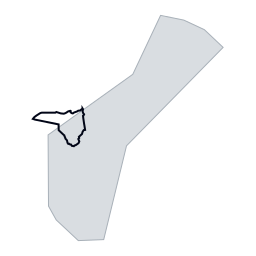 Piti, Guam (highlighted)
{"feature_id": "77769853B27536991093250", "entity_name": "Piti", "entity_type": "district", "adm_level": 2, "iso_a3": "GUM", "parent_name": "Guam", "parent_adm1": "", "projection": "albers", "projection_center": [144.681, 13.441], "detail": "fine", "context": "in_parent", "style": "outline", "palette": "ink", "viewbox_px": 256, "rotation_deg": 0, "n_neighbors": 0, "source": "geoboundaries", "source_scale": "gbopen_adm2", "svg_char_len": 1193}
<svg xmlns="http://www.w3.org/2000/svg" viewBox="0 0 256 256"><path d="M103.7,239.6L78.3,240.6L56.2,219.9L48.5,206.1L48.1,134.9L132.8,74.3L160.6,15.4L183.8,20.1L204.4,29.7L223.1,47.4L126.5,145.8L103.7,239.6Z" fill="#d9dde1" stroke="#a8b0b8" stroke-width="1"/><path d="M79.3,141.4L78.3,139.0L79.2,138.0L78.9,136.8L82.0,134.0L82.6,131.8L83.7,130.1L85.1,129.9L85.0,129.2L84.4,125.4L84.1,123.8L83.3,118.3L83.0,115.8L83.2,115.6L83.5,115.5L84.1,114.3L83.2,113.2L82.6,111.4L83.0,109.2L82.5,108.4L82.5,108.5L82.4,108.6L80.1,110.5L78.2,110.7L77.2,111.4L74.1,112.5L73.4,113.0L73.1,113.3L72.4,113.4L71.4,113.0L70.9,112.5L70.3,111.8L70.7,111.1L70.3,110.8L68.5,111.3L67.6,111.7L66.6,112.5L65.0,113.3L63.8,113.7L61.8,113.5L60.8,113.4L56.3,112.0L55.7,112.5L55.3,112.7L47.7,112.7L44.9,112.7L42.5,112.7L41.7,112.7L41.2,112.8L40.1,113.2L38.7,114.1L36.5,115.5L34.5,117.0L34.4,117.1L33.9,117.6L32.9,118.9L35.0,119.6L58.6,124.4L58.7,130.2L63.8,135.0L64.1,135.2L64.3,135.3L64.4,135.6L64.6,136.6L65.0,137.1L65.2,137.7L65.4,138.6L67.0,140.4L67.5,142.8L68.3,143.9L69.0,143.7L69.9,144.4L71.0,144.5L71.8,145.8L73.9,146.2L74.5,145.5L75.8,145.1L78.5,143.2L79.3,141.4Z" fill="none" stroke="#020617" stroke-width="2"/></svg>